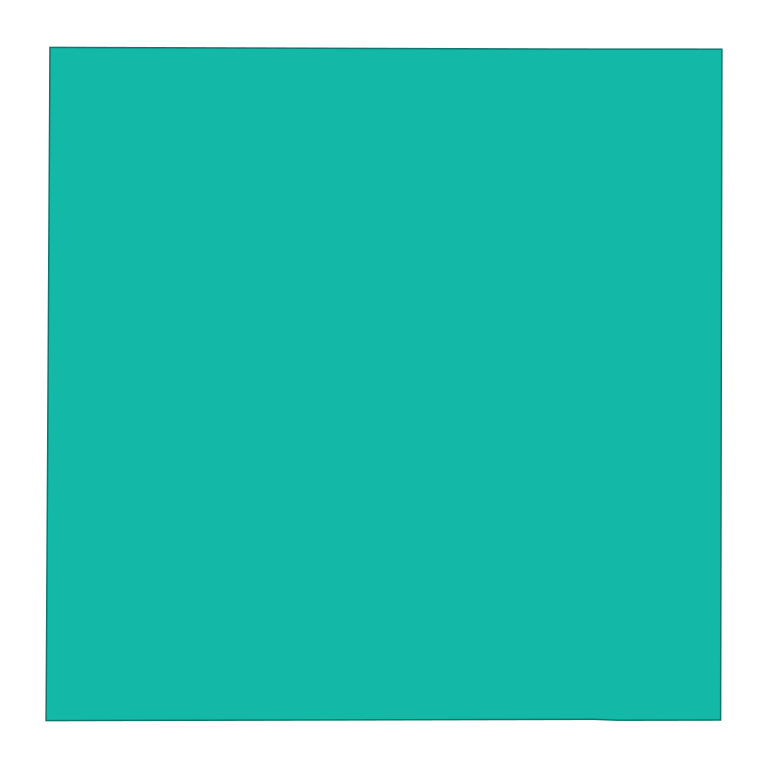 the district of Hall, Texas, United States of America
{"feature_id": "52423323B5625612438776", "entity_name": "Hall", "entity_type": "district", "adm_level": 2, "iso_a3": "USA", "parent_name": "United States of America", "parent_adm1": "Texas", "projection": "albers", "projection_center": [-100.587, 34.531], "detail": "fine", "context": "isolated", "style": "filled", "palette": "teal", "viewbox_px": 768, "rotation_deg": 0, "n_neighbors": 0, "source": "geoboundaries", "source_scale": "gbopen_adm2", "svg_char_len": 222}
<svg xmlns="http://www.w3.org/2000/svg" viewBox="0 0 768 768"><path d="M721.9,49.2L563.4,49.1L50.0,47.4L46.1,720.6L593.5,719.3L618.0,720.2L720.6,720.0L721.9,49.2Z" fill="#14b8a6" stroke="#0f766e" stroke-width="1.5"/></svg>